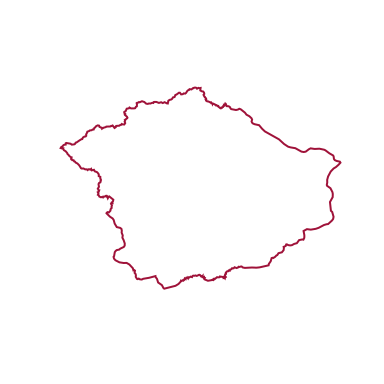 the district of Viengthong, Bolikhamxai, Laos, rotated 300°
{"feature_id": "54806243B87134843513913", "entity_name": "Viengthong", "entity_type": "district", "adm_level": 2, "iso_a3": "LAO", "parent_name": "Laos", "parent_adm1": "Bolikhamxai", "projection": "orthographic", "projection_center": [104.389, 18.699], "detail": "fine", "context": "isolated", "style": "outline", "palette": "rose", "viewbox_px": 384, "rotation_deg": 300, "n_neighbors": 0, "source": "geoboundaries", "source_scale": "gbopen_adm2", "svg_char_len": 6025}
<svg xmlns="http://www.w3.org/2000/svg" viewBox="0 0 384 384"><g transform="rotate(300 192 192)"><path d="M133.7,263.6L134.3,263.4L135.3,263.8L136.2,262.2L137.2,261.9L138.1,262.4L138.3,262.3L138.3,261.9L139.1,261.6L140.9,262.1L141.6,263.1L142.4,263.0L142.8,264.1L143.8,263.8L144.9,264.8L146.0,264.8L146.7,266.2L148.1,266.5L148.4,268.6L149.6,269.6L150.5,269.7L150.6,270.3L152.1,271.8L152.3,272.3L152.0,273.6L152.7,275.7L156.6,281.7L158.7,285.7L160.6,288.3L166.8,295.0L168.2,294.5L171.3,294.8L174.6,294.0L175.5,294.9L175.5,295.4L177.4,296.4L179.2,296.8L180.0,297.4L182.3,297.5L184.7,300.0L187.5,300.4L189.6,299.5L190.3,298.8L192.1,300.1L193.7,299.8L194.1,300.3L194.1,301.8L194.8,303.7L195.9,305.1L198.1,306.4L200.1,308.4L203.9,308.8L206.1,311.3L206.4,312.3L208.2,312.2L209.2,311.8L210.9,310.8L214.0,308.1L217.3,310.1L218.8,313.7L222.0,317.6L224.3,319.6L229.4,322.8L231.3,324.6L232.3,325.9L237.3,327.5L239.2,327.7L241.3,327.0L244.8,323.4L245.2,321.7L252.3,316.5L257.9,316.4L260.7,314.9L262.1,313.7L264.5,310.0L264.9,305.9L265.5,305.2L267.8,304.4L270.1,303.0L273.5,302.1L279.1,301.9L283.2,302.9L285.6,304.2L288.9,305.3L291.6,305.9L292.2,304.9L291.2,301.7L291.0,299.7L291.6,298.4L293.7,296.8L294.2,295.9L294.2,291.6L294.8,286.7L294.7,285.3L293.2,280.7L290.6,276.7L289.1,272.9L287.4,271.8L283.8,270.3L282.5,268.8L281.7,266.6L281.6,259.6L279.9,255.0L279.3,252.6L279.6,247.7L281.1,241.0L280.9,224.9L281.8,221.1L283.4,216.7L282.0,212.3L281.8,210.6L282.1,209.3L282.9,208.3L284.7,207.9L285.6,206.7L286.3,203.8L286.2,200.5L287.2,198.2L288.0,192.8L287.7,191.3L286.4,190.6L285.0,189.1L283.4,184.5L283.7,183.4L284.4,182.7L284.6,180.9L283.7,179.1L285.1,177.3L284.9,177.1L285.1,176.6L284.1,176.7L283.7,176.1L282.9,176.9L282.3,176.6L282.1,176.1L281.2,176.4L280.1,175.4L279.8,175.7L279.3,175.2L278.9,175.2L278.7,174.8L279.1,172.3L279.6,171.8L279.2,171.4L279.5,170.0L279.0,169.6L279.3,169.1L279.1,168.5L279.3,168.2L279.1,165.9L278.4,165.9L278.9,165.4L278.5,164.3L279.2,163.6L278.7,162.8L278.6,160.9L278.1,159.9L278.2,158.5L278.7,158.4L278.9,157.7L279.5,157.9L280.1,157.4L280.4,155.8L280.9,155.5L280.9,154.9L281.9,153.4L283.1,153.6L284.1,152.7L284.6,151.4L284.1,150.1L284.1,148.4L286.4,147.4L285.5,146.3L285.4,145.5L284.0,144.7L284.4,143.8L284.0,142.4L283.0,141.4L282.6,141.4L282.4,140.9L280.6,140.3L279.8,138.4L278.9,138.4L278.5,137.9L277.2,137.4L274.8,137.3L273.8,136.9L273.3,135.6L272.1,135.1L271.1,133.8L271.9,131.9L271.5,131.1L268.5,129.8L267.8,129.1L265.5,129.4L264.4,128.2L262.7,128.2L261.5,127.6L260.9,126.8L259.6,126.0L258.9,125.9L258.0,126.4L257.4,126.3L256.6,126.8L256.2,126.1L256.1,123.4L254.4,122.2L254.3,120.4L252.6,118.8L252.2,116.2L251.4,114.7L250.9,114.0L249.8,114.0L249.6,113.2L247.8,111.7L247.1,110.4L246.2,109.7L245.6,108.1L246.1,105.7L245.6,103.3L243.5,101.8L243.4,101.1L242.5,100.7L241.6,99.7L241.3,99.6L240.4,100.5L238.6,101.4L237.6,100.8L236.2,100.9L235.5,100.1L233.9,97.4L233.9,95.6L232.9,95.5L231.5,93.8L228.9,94.1L227.6,93.3L226.7,93.7L226.2,95.2L225.5,95.0L225.2,95.3L224.7,98.0L224.0,99.0L223.5,99.0L220.8,97.8L220.3,98.5L219.2,98.5L218.3,99.7L216.6,99.6L215.8,98.0L215.8,97.2L214.8,97.1L214.3,96.4L213.1,95.9L211.3,93.3L210.2,93.1L209.9,93.5L208.7,92.9L209.9,90.0L208.9,89.4L208.8,88.9L207.9,88.5L205.8,85.1L205.1,84.9L203.6,83.4L202.0,82.5L202.5,82.2L202.6,81.6L202.2,80.8L202.3,80.3L202.1,79.4L203.0,78.4L202.6,77.1L201.2,76.1L199.4,75.8L198.8,75.4L196.9,75.6L196.5,74.7L195.3,74.2L194.2,72.7L193.3,72.4L191.9,71.2L190.5,71.5L189.0,71.5L187.8,72.3L186.9,72.1L186.3,71.2L185.6,70.8L184.6,70.3L183.0,70.5L182.7,70.0L180.5,68.8L177.1,67.2L176.6,66.6L175.1,66.6L174.4,66.2L172.9,64.2L173.1,62.7L171.6,58.6L171.1,58.3L169.9,58.9L169.3,58.0L168.4,57.3L166.7,57.0L165.6,56.3L164.4,56.3L164.7,57.6L165.5,58.7L164.8,59.0L164.2,60.1L164.1,62.3L163.3,64.5L162.6,65.3L162.4,66.5L161.8,67.9L161.6,69.9L161.8,70.4L160.9,70.8L160.2,70.7L159.9,71.1L160.0,71.9L159.7,72.4L160.3,73.6L159.6,74.6L159.8,75.6L159.3,76.5L159.4,78.5L158.7,81.0L157.1,84.0L157.2,84.9L158.1,86.2L158.2,88.2L159.0,89.5L158.8,90.7L159.8,90.9L160.3,91.5L160.5,92.7L161.6,93.1L160.6,94.3L162.2,96.0L161.3,97.4L161.7,99.7L161.5,100.6L160.7,102.4L159.1,103.3L159.3,105.0L157.9,105.8L157.3,106.8L156.8,106.8L156.3,107.4L155.6,107.3L155.2,107.7L154.5,107.8L153.3,107.0L152.1,107.1L150.0,108.8L147.7,108.8L147.5,109.5L146.6,110.3L146.9,110.8L145.5,111.1L144.7,110.5L143.8,111.8L142.5,111.9L142.5,112.9L141.7,114.0L141.9,115.8L142.5,116.3L142.8,117.6L143.6,117.4L144.2,118.5L145.2,119.1L145.2,119.7L145.9,119.7L146.1,120.2L144.5,122.2L146.2,122.1L146.8,122.5L146.0,127.7L144.6,128.2L143.7,128.0L142.7,128.7L142.4,127.7L141.3,127.7L140.5,129.3L138.7,129.8L138.1,130.4L136.4,130.1L135.0,130.7L132.7,130.2L132.4,129.0L131.4,128.5L130.8,128.6L129.6,133.3L129.4,136.5L128.6,138.2L126.0,140.8L124.0,144.4L125.0,147.7L124.8,149.3L123.5,150.5L121.6,151.4L119.8,153.7L117.6,154.6L116.1,156.9L113.8,159.5L111.9,160.5L110.3,160.4L106.9,158.1L105.8,157.8L104.0,155.8L102.5,155.3L101.3,155.2L97.5,156.6L96.6,156.5L95.3,157.8L94.6,159.8L94.8,164.3L96.3,168.2L97.9,170.9L97.9,174.0L96.4,178.9L94.9,180.4L95.5,180.8L95.4,181.9L93.3,182.7L92.8,184.1L91.9,185.0L90.4,185.7L89.2,187.9L89.4,188.6L90.4,189.2L90.3,190.5L91.1,192.3L92.4,193.1L96.2,197.7L100.9,202.4L100.2,202.9L99.2,205.2L96.7,207.9L96.3,212.5L94.6,215.2L94.4,216.3L102.5,224.6L105.6,226.3L108.7,227.0L109.7,226.8L109.7,227.5L111.1,228.2L110.9,228.8L111.8,229.2L112.9,229.0L113.2,229.9L113.8,229.4L113.9,230.0L115.1,230.0L115.5,230.8L115.2,231.7L116.3,231.4L116.3,232.2L118.0,233.1L118.3,234.6L119.4,234.5L120.1,234.8L120.9,236.3L121.5,236.8L121.7,238.1L123.9,239.6L124.1,240.4L123.5,241.8L124.0,242.1L124.1,243.0L124.5,243.1L123.4,243.6L123.7,244.5L124.2,244.3L124.6,244.8L123.9,245.3L124.0,246.0L122.9,245.9L122.6,246.5L123.1,250.2L125.7,253.3L126.5,252.8L126.0,253.6L126.3,254.4L127.6,254.1L128.0,254.5L127.8,255.2L130.8,256.3L131.0,257.1L131.9,258.4L133.6,258.4L132.7,258.9L133.5,260.1L133.7,261.2L134.3,261.7L134.2,262.2L133.3,262.5L133.8,263.3L133.7,263.6Z" fill="none" stroke="#9f1239" stroke-width="2"/></g></svg>